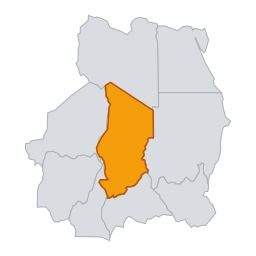 map of Chad with Sudan, Niger, Nigeria and 5 others greyed out
{"feature_id": "TCD", "entity_name": "Chad", "entity_type": "country or territory", "adm_level": 0, "iso_a3": "TCD", "parent_name": "Africa", "parent_adm1": "", "projection": "equal_earth", "projection_center": [18.978, 15.46], "detail": "fine", "context": "with_neighbors", "style": "filled", "palette": "amber", "viewbox_px": 256, "rotation_deg": 0, "n_neighbors": 8, "source": "natural_earth", "source_scale": "50m", "svg_char_len": 8246}
<svg xmlns="http://www.w3.org/2000/svg" viewBox="0 0 256 256"><path d="M157.0,192.6L152.8,189.4L150.9,187.3L151.4,178.9L148.2,174.3L147.6,169.4L145.6,167.3L145.6,163.0L144.4,160.2L142.5,160.6L144.4,154.9L143.8,151.9L145.6,149.6L144.4,147.9L148.3,138.1L152.9,138.6L152.4,106.9L158.6,106.9L158.4,92.6L221.3,92.6L223.3,99.6L222.2,100.9L223.3,108.3L225.6,116.9L230.7,121.3L228.2,125.4L224.2,126.6L222.6,128.8L220.2,144.3L220.9,147.2L220.2,153.5L218.2,160.7L215.0,164.3L212.3,172.9L209.7,174.9L208.2,182.6L208.4,189.2L208.3,183.5L207.5,183.4L206.8,177.2L204.0,174.3L203.2,169.0L203.8,163.6L201.3,163.1L200.9,164.7L197.7,165.1L199.0,167.2L199.5,171.6L194.0,181.0L191.2,181.7L186.5,177.4L184.5,178.9L183.9,181.1L181.1,182.5L181.0,184.0L175.5,184.0L174.8,182.5L170.8,182.2L168.9,183.5L167.4,182.9L163.6,176.6L159.6,177.6L156.8,187.5L153.3,189.7L157.0,192.6Z" fill="#d9dde1" stroke="#a8b0b8" stroke-width="1"/><path d="M104.6,86.5L105.8,97.5L107.8,99.4L107.8,101.7L110.0,104.1L108.8,107.2L106.7,121.8L106.3,131.2L99.4,138.0L97.0,147.6L99.2,150.3L99.2,155.0L102.6,155.2L102.1,158.6L100.5,159.0L100.3,161.4L99.3,161.5L95.7,153.5L94.5,153.2L90.2,157.3L83.1,154.8L81.5,155.8L78.3,155.6L75.1,158.7L72.3,158.9L65.8,155.1L63.2,156.9L60.4,156.8L58.4,154.0L53.1,151.3L47.2,152.1L45.8,153.7L44.9,157.9L43.3,160.9L42.8,167.4L38.7,163.2L36.8,163.2L34.9,165.3L35.1,160.3L28.9,158.7L28.8,155.1L25.9,150.4L25.3,147.1L25.8,143.5L29.3,143.2L31.4,140.7L43.6,138.9L44.2,134.4L47.2,129.6L47.7,113.0L55.3,109.8L71.1,95.7L89.6,82.2L97.9,85.2L100.8,89.1L104.6,86.5Z" fill="#d9dde1" stroke="#a8b0b8" stroke-width="1"/><path d="M37.1,207.1L37.5,190.6L38.6,185.9L43.1,179.1L42.5,177.1L43.7,174.2L42.5,169.8L43.3,160.9L44.9,157.9L45.8,153.7L47.2,152.1L53.1,151.3L58.4,154.0L60.4,156.8L63.2,156.9L65.8,155.1L72.3,158.9L75.1,158.7L78.3,155.6L81.5,155.8L83.1,154.8L90.2,157.3L94.5,153.2L95.7,153.5L99.3,161.5L100.3,161.4L102.5,164.3L101.6,168.0L97.0,173.7L92.4,189.0L89.4,192.0L86.8,201.8L83.0,204.3L80.0,201.3L77.9,201.4L74.6,205.7L73.0,205.8L68.9,218.1L63.2,220.8L61.1,220.4L59.0,222.0L54.6,221.9L51.7,217.3L49.9,211.9L46.1,207.0L37.1,207.1Z" fill="#d9dde1" stroke="#a8b0b8" stroke-width="1"/><path d="M102.1,158.6L104.2,163.3L104.3,173.0L107.3,179.7L100.2,179.4L99.0,182.9L102.2,187.2L104.6,188.4L107.0,196.6L103.4,206.0L102.1,207.4L101.7,218.4L104.3,222.3L106.8,228.7L109.3,231.1L110.1,236.6L109.7,240.6L100.9,236.9L75.2,236.5L76.0,230.7L73.8,225.8L71.3,224.5L70.2,221.2L68.8,220.2L70.4,212.9L73.0,205.8L74.6,205.7L77.9,201.4L80.0,201.3L83.0,204.3L86.8,201.8L89.4,192.0L92.4,189.0L97.0,173.7L101.6,168.0L102.5,164.3L100.3,161.4L100.5,159.0L102.1,158.6Z" fill="#d9dde1" stroke="#a8b0b8" stroke-width="1"/><path d="M172.5,214.7L170.7,215.5L163.0,214.5L158.4,217.2L156.2,215.6L150.1,219.3L147.6,218.6L145.2,223.6L137.1,221.4L129.1,216.2L126.2,218.6L124.0,222.3L123.5,227.5L116.3,225.8L113.0,229.8L110.1,236.6L109.3,231.1L106.8,228.7L104.3,222.3L101.7,218.4L101.6,213.1L102.1,207.4L103.4,206.0L106.2,198.5L110.7,198.0L111.7,196.1L114.0,197.9L120.9,195.1L126.0,189.6L125.5,187.1L132.3,186.8L137.5,183.4L141.4,175.4L144.1,172.4L147.6,171.2L148.2,174.3L151.4,178.9L150.9,187.3L160.0,195.6L160.1,198.0L166.1,205.0L167.5,209.4L171.6,212.4L172.5,214.7Z" fill="#d9dde1" stroke="#a8b0b8" stroke-width="1"/><path d="M221.3,92.6L158.4,92.6L157.5,41.9L155.8,36.4L157.1,32.1L156.2,29.2L158.0,26.0L164.8,25.9L177.3,30.7L183.2,26.6L187.7,26.1L191.3,26.9L192.9,30.3L194.0,28.1L202.1,30.1L204.6,28.3L208.6,40.1L205.2,51.7L204.0,52.9L199.7,47.6L195.6,37.7L195.1,38.3L205.5,63.4L214.5,79.0L213.5,80.2L213.9,84.8L221.3,92.6Z" fill="#d9dde1" stroke="#a8b0b8" stroke-width="1"/><path d="M157.5,41.9L158.6,106.9L152.4,106.9L152.4,109.9L110.0,82.6L100.8,89.1L97.9,85.2L89.6,82.2L87.4,77.8L83.3,74.5L80.8,75.8L79.0,71.8L78.9,68.8L75.9,63.7L78.1,60.8L78.2,49.5L79.3,43.8L77.7,34.6L80.2,33.0L80.3,27.3L88.1,20.5L88.5,15.4L94.4,17.7L96.5,17.1L100.7,18.2L107.4,21.2L109.7,27.3L121.5,31.5L127.0,34.8L131.9,29.9L130.7,24.7L132.3,21.4L135.9,18.3L139.4,17.3L146.3,18.7L148.1,21.7L156.7,23.7L158.0,26.0L156.2,29.2L157.1,32.1L155.8,36.4L157.5,41.9Z" fill="#d9dde1" stroke="#a8b0b8" stroke-width="1"/><path d="M191.5,227.5L186.7,222.5L185.4,219.4L178.3,221.7L175.8,220.8L171.6,212.4L167.5,209.4L166.1,205.0L160.1,198.0L160.0,195.6L153.3,189.7L156.8,187.5L159.6,177.6L163.6,176.6L167.4,182.9L168.9,183.5L170.8,182.2L174.8,182.5L175.5,184.0L181.0,184.0L181.1,182.5L183.9,181.1L184.5,178.9L186.5,177.4L191.2,181.7L194.0,181.0L199.5,171.6L199.0,167.2L197.7,165.1L200.9,164.7L201.3,163.1L203.8,163.6L203.2,169.0L204.0,174.3L206.8,177.2L207.5,183.4L208.3,183.5L208.4,189.2L207.6,191.5L204.7,191.7L202.9,195.9L206.3,196.4L209.1,200.0L210.1,202.9L212.6,204.7L215.9,212.7L205.6,225.4L201.7,225.4L197.3,227.1L193.8,225.4L191.5,227.5Z" fill="#d9dde1" stroke="#a8b0b8" stroke-width="1"/><path d="M153.2,110.5L153.2,113.7L153.2,116.9L153.3,120.1L153.3,123.4L153.3,126.6L153.4,129.8L153.4,133.0L153.4,136.3L153.4,137.3L153.4,137.8L153.2,137.9L151.9,137.6L151.4,137.6L150.6,137.8L149.4,137.9L148.7,137.9L148.2,138.5L147.8,139.1L148.0,140.8L147.9,141.3L147.8,141.8L147.4,142.3L147.1,142.7L146.9,143.0L146.6,143.8L146.4,144.1L146.5,144.6L146.4,145.0L146.2,145.3L145.6,145.5L145.3,145.7L145.0,146.0L144.8,146.3L144.9,146.6L145.1,147.1L145.2,147.8L145.2,148.2L145.5,148.6L145.6,148.8L145.7,149.1L145.5,149.4L144.9,149.9L144.6,150.1L144.3,150.4L144.2,150.5L143.7,150.9L143.5,151.4L143.4,151.8L143.4,152.3L143.6,153.0L143.9,153.7L144.0,154.1L144.1,154.7L144.1,155.2L143.9,155.6L143.7,156.0L142.8,156.8L142.3,157.6L142.0,158.6L141.9,159.1L142.0,159.5L142.2,159.8L142.4,159.9L142.8,160.0L143.5,159.8L144.1,159.7L144.7,160.1L145.1,160.9L145.0,161.5L145.2,162.6L145.4,164.0L145.4,164.4L145.5,164.6L145.9,164.7L146.0,165.0L145.9,167.3L146.1,168.0L146.4,168.5L146.7,168.7L147.0,169.0L147.5,169.3L147.9,169.7L148.0,170.3L148.0,170.8L147.8,172.0L147.6,172.8L147.3,172.8L146.9,172.6L146.3,172.4L145.6,172.3L144.9,172.6L144.2,173.0L143.9,173.3L143.7,173.5L143.4,173.5L143.1,173.5L143.0,173.8L142.7,174.2L141.6,174.9L141.4,175.1L141.3,175.4L141.3,175.6L141.4,176.2L141.4,176.9L141.2,177.4L140.9,177.8L140.6,178.0L140.3,178.0L140.2,178.3L139.6,179.6L139.4,179.8L138.9,179.8L137.5,181.7L137.4,182.2L136.9,183.0L136.2,183.9L135.6,184.4L135.6,184.5L135.4,184.7L135.1,184.9L133.9,186.0L132.4,185.9L131.7,186.4L131.1,186.6L130.2,186.8L129.9,186.8L128.7,186.8L127.3,186.8L126.8,187.0L126.3,187.4L125.9,187.7L125.9,187.9L125.9,188.0L126.9,189.0L127.1,189.5L126.9,189.9L126.8,190.0L126.6,190.3L126.0,191.3L125.2,192.5L124.7,192.8L124.5,193.1L124.3,193.8L124.2,194.0L123.6,194.1L122.4,194.1L120.7,194.4L119.8,194.5L119.1,194.4L118.3,195.0L118.0,195.1L117.8,195.1L116.9,195.7L116.2,196.5L115.0,197.0L114.6,197.6L114.4,197.6L113.8,196.9L113.3,196.2L113.1,195.5L113.1,195.3L112.6,195.6L112.3,196.0L112.2,196.6L111.2,197.1L110.3,197.4L109.9,197.9L109.3,198.2L108.5,198.1L107.9,197.9L107.3,197.8L107.6,197.2L107.7,196.8L107.7,196.2L107.7,195.9L107.3,195.7L107.1,195.4L106.6,193.7L106.0,191.9L105.3,190.2L104.5,189.1L103.9,188.4L103.7,188.3L103.4,188.1L103.2,187.9L102.1,186.7L101.0,185.4L100.8,184.8L100.2,183.9L99.6,183.0L99.3,182.6L99.1,181.8L99.5,181.2L100.0,180.3L100.6,179.7L101.3,179.7L102.5,179.9L103.8,180.0L105.1,179.8L105.4,179.7L105.8,179.7L106.5,179.9L107.7,179.9L108.3,179.5L107.6,178.9L106.9,178.0L106.2,176.9L105.8,176.0L105.4,174.8L105.1,173.3L104.9,171.4L104.9,170.3L105.1,169.5L105.4,168.3L105.2,167.5L105.2,166.9L105.2,166.0L105.1,165.6L104.6,164.1L104.1,162.9L104.0,161.2L103.5,160.1L102.8,159.6L102.3,158.9L102.2,157.7L101.9,157.4L100.7,157.0L99.7,157.0L99.0,155.7L98.1,154.0L97.3,152.4L96.8,149.3L96.5,147.5L96.8,147.0L97.5,145.7L98.5,143.3L100.5,139.5L101.5,137.6L103.6,134.7L106.1,131.2L107.6,129.2L107.8,125.6L108.1,121.7L108.3,118.9L108.5,115.4L108.7,112.6L108.9,110.5L109.1,107.6L109.3,107.0L110.3,104.7L110.3,104.4L110.2,104.0L108.8,102.1L108.4,101.7L108.1,100.6L108.5,100.1L106.8,96.8L106.4,96.4L106.2,96.0L106.2,95.4L106.2,93.2L105.8,89.6L105.3,85.5L107.2,84.4L108.7,83.5L110.6,82.4L112.3,83.5L114.9,85.2L117.4,86.9L119.9,88.6L122.5,90.2L125.0,91.9L127.5,93.6L130.1,95.3L132.6,97.0L135.2,98.7L137.7,100.3L140.3,102.0L142.9,103.7L145.4,105.4L148.0,107.1L150.6,108.8L153.2,110.5Z" fill="#f59e0b" stroke="#b45309" stroke-width="1.5"/></svg>